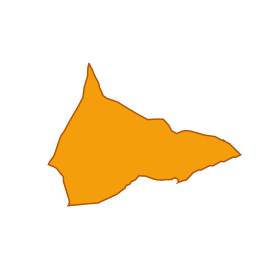 Ar Reif Ash Shargi, South Kordufan, Sudan, rotated 153°
{"feature_id": "16777658B25449953916595", "entity_name": "Ar Reif Ash Shargi", "entity_type": "district", "adm_level": 2, "iso_a3": "SDN", "parent_name": "Sudan", "parent_adm1": "South Kordufan", "projection": "mercator", "projection_center": [29.773, 11.191], "detail": "fine", "context": "isolated", "style": "filled", "palette": "amber", "viewbox_px": 256, "rotation_deg": 153, "n_neighbors": 0, "source": "geoboundaries", "source_scale": "gbopen_adm2", "svg_char_len": 1832}
<svg xmlns="http://www.w3.org/2000/svg" viewBox="0 0 256 256"><g transform="rotate(153 128 128)"><path d="M48.5,74.0L48.8,73.2L49.1,73.5L51.4,76.6L54.3,80.8L54.5,80.9L63.6,87.4L63.8,87.6L72.5,95.8L77.1,99.2L81.0,100.5L87.2,101.0L87.3,101.2L87.4,101.3L90.5,106.0L90.4,111.7L92.4,119.2L92.6,119.3L92.8,119.9L98.4,122.9L106.8,126.6L114.9,138.5L122.0,150.0L125.4,155.7L125.6,156.0L128.3,158.8L133.2,163.8L135.5,168.2L135.0,176.4L135.0,176.8L135.0,177.4L134.1,180.1L134.1,180.4L133.9,180.8L133.9,191.9L133.9,192.0L133.4,195.6L133.5,202.5L133.4,202.6L133.7,203.0L136.3,199.9L139.3,194.6L140.4,192.7L148.7,183.9L154.3,175.7L163.7,169.1L176.6,160.8L186.6,153.9L191.5,151.3L194.2,148.9L204.8,138.4L207.1,136.4L210.5,134.8L213.5,133.1L215.5,131.6L215.1,131.1L211.4,126.8L209.9,124.3L209.8,123.8L208.8,118.3L207.7,114.2L209.8,109.4L211.1,102.1L212.3,95.4L213.3,90.0L214.4,87.4L215.6,86.7L215.9,86.5L215.6,86.4L216.1,86.1L215.9,86.1L216.2,85.9L215.6,85.6L205.3,81.5L202.1,80.3L188.5,74.8L167.6,74.0L163.5,74.9L158.0,75.8L155.8,77.6L152.2,77.1L149.0,78.8L145.1,78.4L140.2,80.5L134.2,77.2L133.9,77.0L133.6,76.6L132.6,75.5L131.3,74.0L130.5,73.2L129.0,71.6L128.7,71.2L127.6,70.3L127.4,70.2L126.9,69.7L125.4,68.5L125.3,68.4L123.5,67.4L121.4,66.1L120.6,65.8L117.2,64.7L116.6,64.3L115.2,63.5L113.3,62.7L112.3,62.3L112.0,62.3L109.1,62.5L108.9,62.3L107.3,60.6L107.2,60.4L107.0,57.9L107.0,57.5L107.3,57.3L108.1,56.9L108.4,56.7L108.0,56.7L107.9,56.7L103.4,56.2L99.8,55.2L99.6,55.2L96.2,56.4L90.2,58.6L89.8,58.6L84.2,58.6L82.0,57.4L72.4,57.4L69.5,55.7L69.1,55.7L60.4,56.1L58.0,54.4L47.4,54.4L45.5,53.0L41.9,53.0L39.8,53.0L40.0,53.3L40.6,55.4L41.4,58.0L41.7,58.9L42.1,60.0L42.5,61.3L42.6,61.7L44.7,67.8L45.2,68.5L45.3,68.7L45.4,68.8L47.3,71.3L47.7,72.3L48.0,73.0L48.3,73.4L48.4,73.9L48.5,74.0Z" fill="#f59e0b" stroke="#b45309" stroke-width="1.5"/></g></svg>